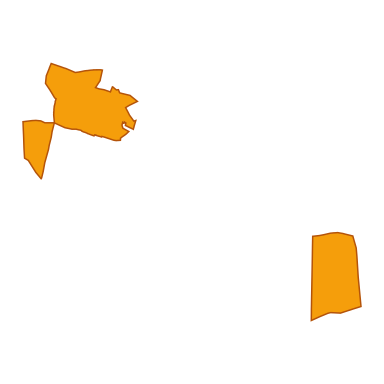 the district of Tlacolula de Matamoros, Oaxaca, Mexico
{"feature_id": "50627088B27692597890470", "entity_name": "Tlacolula de Matamoros", "entity_type": "district", "adm_level": 2, "iso_a3": "MEX", "parent_name": "Mexico", "parent_adm1": "Oaxaca", "projection": "robinson", "projection_center": [-96.437, 16.857], "detail": "fine", "context": "isolated", "style": "filled", "palette": "amber", "viewbox_px": 384, "rotation_deg": 0, "n_neighbors": 0, "source": "geoboundaries", "source_scale": "gbopen_adm2", "svg_char_len": 3207}
<svg xmlns="http://www.w3.org/2000/svg" viewBox="0 0 384 384"><path d="M137.4,101.4L130.0,95.4L122.1,93.5L119.8,92.9L119.5,92.5L118.4,89.7L116.4,89.9L114.6,88.5L114.3,88.2L112.9,87.0L112.6,87.0L112.4,86.9L111.5,89.1L110.4,91.9L108.1,91.1L106.5,90.6L105.4,90.2L103.9,89.7L102.1,89.4L101.8,89.3L101.6,89.3L101.4,89.3L101.0,89.2L99.2,88.9L98.5,88.7L95.5,87.6L96.7,85.8L97.3,84.9L98.6,82.9L100.1,80.7L100.7,77.6L100.8,77.3L102.4,70.1L101.4,69.9L100.0,69.8L98.5,69.8L93.3,69.9L92.8,70.0L90.3,70.2L87.3,70.6L86.8,70.6L84.5,70.9L84.4,70.9L80.6,71.7L78.4,72.1L75.1,72.5L74.8,72.3L71.5,70.9L65.9,68.5L64.2,68.0L62.5,67.4L60.3,66.6L57.8,65.8L56.4,65.3L55.6,65.0L54.9,64.8L51.2,63.5L49.6,67.4L49.5,67.5L49.4,68.1L46.3,75.8L45.5,83.4L50.2,90.4L50.5,91.0L50.8,91.4L54.5,97.6L54.8,98.0L56.1,98.8L55.9,99.4L55.8,99.7L55.8,99.8L55.7,99.9L55.6,100.2L55.6,100.5L55.4,100.9L55.3,101.2L55.2,101.4L55.2,101.7L55.2,102.0L55.2,102.3L55.2,102.7L55.1,102.8L55.1,103.0L55.0,103.4L55.0,103.6L54.9,103.7L54.9,103.8L54.8,104.1L54.8,104.3L54.7,104.5L54.6,104.8L54.6,105.0L54.5,105.3L54.5,105.6L54.4,105.7L54.4,105.8L54.4,106.0L54.3,106.4L54.3,106.5L54.2,106.5L54.2,107.3L54.1,107.7L54.0,108.1L54.0,108.3L54.0,108.6L54.0,109.0L53.9,109.5L54.0,110.0L53.9,110.8L53.9,111.1L53.8,111.6L53.8,112.6L53.7,112.7L53.8,113.4L53.7,114.2L53.7,114.9L53.7,115.0L54.4,122.8L44.9,122.8L40.8,120.9L35.9,120.4L32.1,120.6L23.0,121.7L23.2,127.2L23.6,136.3L24.0,148.3L24.1,150.3L24.5,157.3L24.6,158.2L28.3,160.4L35.9,172.5L41.1,178.7L41.6,178.0L43.2,171.4L44.8,162.6L48.5,149.4L49.2,145.3L51.2,137.4L51.8,133.6L52.1,131.6L54.3,123.0L54.3,122.9L56.4,123.8L60.3,125.6L63.4,127.0L64.9,127.7L69.3,128.6L72.0,129.2L75.8,129.2L76.3,129.2L76.7,129.3L76.8,129.4L77.0,129.4L77.6,129.6L78.0,129.6L78.4,129.8L78.6,129.8L79.0,129.9L79.7,130.0L80.2,130.1L80.8,130.3L81.5,130.6L81.6,131.0L82.5,131.5L83.0,131.7L84.0,132.1L84.6,132.2L87.1,133.2L87.3,133.4L87.6,133.6L88.4,133.8L89.9,134.4L90.1,134.5L91.8,135.1L94.0,135.9L94.6,134.9L96.2,135.4L96.2,135.2L96.8,135.5L97.0,135.7L97.3,135.8L97.6,135.8L98.8,136.2L99.6,136.4L101.6,137.0L101.9,136.4L102.5,136.6L104.0,137.0L110.1,139.0L110.7,139.2L113.4,140.1L114.2,140.3L115.5,140.5L116.4,140.6L117.3,140.5L119.1,140.4L120.4,140.3L120.5,139.2L120.5,138.2L122.4,136.7L124.6,135.2L126.2,134.0L128.8,131.5L124.8,129.3L122.9,128.2L122.1,125.6L122.0,125.0L122.7,122.4L123.4,123.2L123.8,123.3L124.3,123.0L124.4,122.0L125.9,123.0L125.4,125.5L126.6,126.0L129.5,127.5L131.2,128.3L131.3,128.3L131.6,128.5L131.8,128.6L132.6,128.9L133.3,129.3L133.6,128.1L133.7,127.8L133.8,127.5L133.9,127.2L134.0,126.8L134.1,126.3L134.1,126.2L134.4,125.2L135.8,120.5L133.8,121.1L129.4,115.0L128.7,113.5L125.6,107.6L129.4,105.3L137.4,101.4ZM361.0,306.5L358.2,277.0L356.9,256.4L356.2,248.0L354.6,242.4L352.8,236.0L350.0,235.3L344.7,234.0L342.9,233.5L339.3,232.9L338.3,232.7L337.4,232.6L335.5,232.8L333.5,232.9L330.4,233.2L323.4,234.8L319.2,235.6L312.7,236.3L312.5,245.9L312.3,259.3L312.1,270.7L312.0,276.4L311.7,293.1L311.6,297.9L311.5,304.5L311.4,308.9L311.4,312.5L311.3,320.5L315.3,318.7L319.9,316.6L327.1,313.6L328.1,313.2L330.7,312.6L334.6,312.8L340.5,313.1L344.4,311.8L353.0,309.0L361.0,306.5Z" fill="#f59e0b" stroke="#b45309" stroke-width="1.5"/></svg>